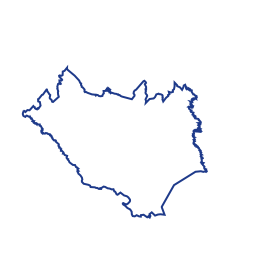 Mocache, Los Rios, Ecuador, rotated 133°
{"feature_id": "8360857B55649152040637", "entity_name": "Mocache", "entity_type": "district", "adm_level": 2, "iso_a3": "ECU", "parent_name": "Ecuador", "parent_adm1": "Los Rios", "projection": "equal_earth", "projection_center": [-79.602, -1.198], "detail": "fine", "context": "isolated", "style": "outline", "palette": "blue", "viewbox_px": 256, "rotation_deg": 133, "n_neighbors": 0, "source": "geoboundaries", "source_scale": "gbopen_adm2", "svg_char_len": 5765}
<svg xmlns="http://www.w3.org/2000/svg" viewBox="0 0 256 256"><g transform="rotate(133 128 128)"><path d="M57.4,115.7L58.9,116.2L60.4,115.3L63.2,114.5L62.8,117.6L63.8,120.6L63.2,121.4L63.0,124.9L65.8,122.3L68.3,120.8L69.8,121.0L70.9,119.8L72.8,120.8L73.7,122.8L75.1,120.7L76.6,121.2L77.2,120.4L79.8,120.8L84.6,120.3L83.6,122.3L82.1,123.2L82.0,123.8L80.9,124.5L80.5,125.4L81.0,127.1L82.0,128.3L82.0,129.0L84.1,130.2L86.9,129.3L88.9,129.4L92.1,132.0L97.5,132.1L96.0,133.1L95.1,134.7L91.5,135.8L91.0,136.5L90.7,138.6L89.9,139.6L89.0,139.9L87.8,141.5L87.4,141.1L85.6,142.8L84.5,145.6L82.7,145.6L82.4,146.2L82.3,148.2L83.3,148.6L94.4,148.2L96.1,148.7L97.6,148.4L99.0,147.4L99.2,146.0L100.0,145.2L104.3,144.8L109.1,153.8L109.6,155.2L109.6,156.6L110.1,157.0L110.1,158.1L110.7,158.4L110.8,159.5L112.1,161.3L113.0,163.4L114.0,164.5L114.4,164.5L114.3,165.4L113.6,164.8L113.6,165.8L114.0,166.0L113.5,166.3L114.4,167.1L114.5,168.1L113.4,167.5L113.4,168.5L112.2,167.8L112.3,169.5L112.7,169.2L112.6,170.0L113.5,170.4L115.4,169.3L115.6,170.0L116.4,169.9L117.6,171.1L119.2,169.3L120.7,169.3L122.0,168.6L123.4,169.6L124.4,171.0L124.5,172.5L125.4,174.0L126.2,173.8L126.1,174.8L128.0,177.3L129.9,181.7L130.3,183.4L131.1,183.9L131.0,184.7L129.5,186.0L129.2,188.7L129.5,189.9L128.7,190.8L128.6,191.7L127.4,192.6L127.6,193.7L126.6,196.1L126.1,202.7L126.6,211.8L126.2,213.1L125.5,213.7L129.5,213.4L131.2,214.2L133.9,211.9L135.1,212.2L136.2,213.9L136.8,214.0L137.4,213.2L137.5,209.5L137.7,209.0L138.7,209.0L140.0,210.6L141.2,209.3L141.2,208.0L141.5,207.3L142.2,207.6L142.4,208.9L143.5,209.2L146.1,207.8L146.8,206.7L147.4,206.6L148.7,204.1L149.5,203.8L151.3,201.8L152.4,199.9L160.1,200.6L160.5,201.4L159.6,203.1L159.7,205.2L159.4,205.8L156.9,207.4L156.9,209.0L156.3,210.7L156.4,211.6L155.2,213.5L155.4,213.8L161.6,213.0L162.5,213.5L167.8,213.1L168.3,213.4L169.8,211.8L169.1,210.2L171.3,207.2L174.8,206.7L174.8,207.4L175.3,207.7L176.4,207.3L177.0,208.8L177.0,209.6L176.4,210.4L176.7,210.9L176.5,212.2L182.2,212.1L183.5,213.8L185.8,213.9L186.1,214.9L186.4,214.6L186.6,215.4L187.0,215.8L189.0,214.9L189.9,214.0L190.5,212.6L189.9,210.7L188.2,210.7L187.7,209.8L187.5,208.5L186.8,207.8L187.1,206.3L186.8,206.5L187.0,205.8L186.6,205.1L187.5,202.7L188.0,202.6L187.3,201.7L188.1,201.7L188.5,200.5L188.3,200.0L187.8,200.4L188.1,199.0L187.6,198.9L187.6,198.0L187.2,198.5L186.9,198.3L186.8,196.3L185.6,194.9L186.5,194.1L186.0,193.0L186.6,191.5L186.8,190.1L187.5,190.2L187.5,189.2L188.0,188.9L189.4,189.4L190.3,188.1L190.3,186.9L189.5,187.1L189.3,186.2L189.5,185.8L188.6,184.8L187.7,184.7L186.9,183.3L187.1,183.0L186.7,182.0L185.8,180.8L185.9,179.8L186.3,180.4L186.6,180.0L186.2,178.1L186.9,177.4L186.9,176.2L187.3,176.0L187.5,174.5L187.5,173.6L186.7,173.1L186.4,172.2L187.2,171.6L187.1,167.5L187.8,166.8L188.5,166.7L188.6,165.4L189.1,165.1L188.7,164.8L189.0,164.3L188.8,163.4L189.4,162.8L189.1,162.4L190.4,161.5L189.8,160.8L189.9,158.5L191.0,158.1L190.5,157.5L190.9,155.9L189.9,153.5L191.7,152.6L191.9,151.6L191.6,150.6L192.2,150.4L192.3,148.9L193.0,147.4L192.6,143.2L191.2,141.4L192.0,139.5L191.6,138.5L191.6,136.8L192.3,137.2L192.9,136.5L193.1,135.3L193.6,135.9L194.4,135.3L194.5,134.4L195.2,133.2L195.1,130.5L195.7,127.9L196.8,126.3L197.9,125.9L198.8,125.0L199.0,122.4L196.5,118.1L196.0,116.4L196.7,115.1L194.0,111.8L193.6,110.5L192.8,109.6L192.4,107.7L191.1,106.3L190.7,107.1L190.0,106.5L187.5,105.9L186.7,104.6L186.0,101.8L184.8,100.1L184.0,98.0L182.7,96.9L183.7,94.8L183.3,93.9L184.3,91.1L183.9,90.1L180.4,89.5L180.0,84.9L178.7,82.3L178.5,80.5L179.0,77.8L179.9,76.8L180.7,76.5L183.2,76.5L184.7,76.9L185.6,78.2L186.1,80.2L186.6,80.4L187.0,80.1L187.2,79.2L186.8,77.2L186.9,73.9L186.1,70.9L186.7,68.3L188.6,66.2L189.2,64.5L188.0,62.8L185.9,62.2L185.1,59.7L184.1,58.2L182.9,59.1L180.8,57.4L180.2,53.1L179.8,52.7L178.6,52.9L178.6,51.1L177.1,51.6L176.3,53.5L173.5,53.1L173.6,48.5L170.9,47.1L169.0,45.5L166.5,42.1L163.0,49.1L162.5,49.6L138.4,55.4L114.0,48.8L109.9,45.2L108.7,43.0L107.3,42.1L106.6,40.2L106.8,41.4L106.0,40.9L105.7,41.4L105.9,42.0L104.9,42.6L105.1,43.1L105.7,43.0L105.6,44.5L105.0,45.3L104.1,45.7L104.0,48.0L103.5,48.8L102.1,48.9L102.5,49.6L103.7,50.0L103.5,50.5L103.0,50.6L103.1,51.2L101.9,51.3L99.9,53.9L99.7,53.7L99.8,52.8L99.1,52.7L98.8,53.6L99.2,54.2L99.2,55.4L98.5,55.5L98.0,56.5L97.2,55.9L97.2,56.8L96.7,58.1L96.0,57.9L95.8,59.3L95.5,58.8L95.1,59.1L94.8,61.5L94.3,62.6L94.7,63.1L94.4,64.2L94.1,64.3L94.5,65.0L95.0,65.2L94.7,65.6L94.1,65.4L94.0,66.3L95.0,66.8L94.2,67.7L94.5,68.4L94.9,68.1L94.8,69.1L94.2,69.3L94.3,69.9L93.1,70.5L92.3,70.2L92.3,71.1L91.9,71.2L91.8,71.8L90.9,71.2L89.9,73.6L89.6,73.4L89.8,74.1L89.3,74.3L89.8,74.9L89.4,75.6L88.7,75.9L88.1,75.6L88.0,76.4L86.9,76.1L85.6,78.0L84.6,78.0L84.5,76.3L84.1,75.8L83.3,76.4L83.0,77.1L82.3,76.4L81.7,76.4L82.0,74.9L83.0,74.5L81.4,72.4L80.9,73.1L80.4,72.6L80.0,74.2L79.3,74.2L80.0,75.6L79.9,76.4L78.9,75.7L78.3,76.7L78.1,78.6L77.2,78.4L77.0,77.8L76.3,78.8L76.4,79.9L75.6,79.1L75.4,77.9L74.1,78.7L73.8,80.6L74.1,81.4L73.6,81.7L73.4,82.7L75.2,85.5L74.7,87.0L74.0,87.2L73.6,86.4L73.4,86.6L73.5,87.4L74.5,88.2L73.9,89.1L74.1,89.7L73.2,89.6L72.9,90.9L72.3,90.9L73.2,92.7L72.1,93.3L72.8,93.9L72.0,94.8L72.3,96.5L71.8,97.1L71.0,97.2L71.4,98.2L70.9,98.1L70.3,97.4L69.5,95.6L69.6,95.1L69.0,94.7L67.6,95.3L68.5,97.0L68.3,97.7L67.9,97.0L67.4,97.3L67.6,98.5L66.8,98.6L66.8,99.6L66.5,100.0L66.1,99.7L66.1,100.4L65.1,98.8L63.9,100.6L63.3,100.3L63.3,99.5L62.4,99.3L62.4,100.7L61.9,100.5L62.2,99.7L61.7,99.0L60.6,99.2L60.3,98.2L59.8,99.2L58.9,98.5L58.5,98.7L58.5,99.3L58.8,99.3L58.8,99.7L58.0,99.9L58.5,101.5L58.4,102.8L58.9,103.2L58.1,106.1L57.0,107.0L57.6,108.0L57.2,108.9L57.5,110.2L58.5,109.1L58.7,110.5L58.5,111.8L59.6,111.6L59.6,112.1L59.1,113.0L58.3,113.3L58.4,113.7L57.4,115.7Z" fill="none" stroke="#1e3a8a" stroke-width="2"/></g></svg>